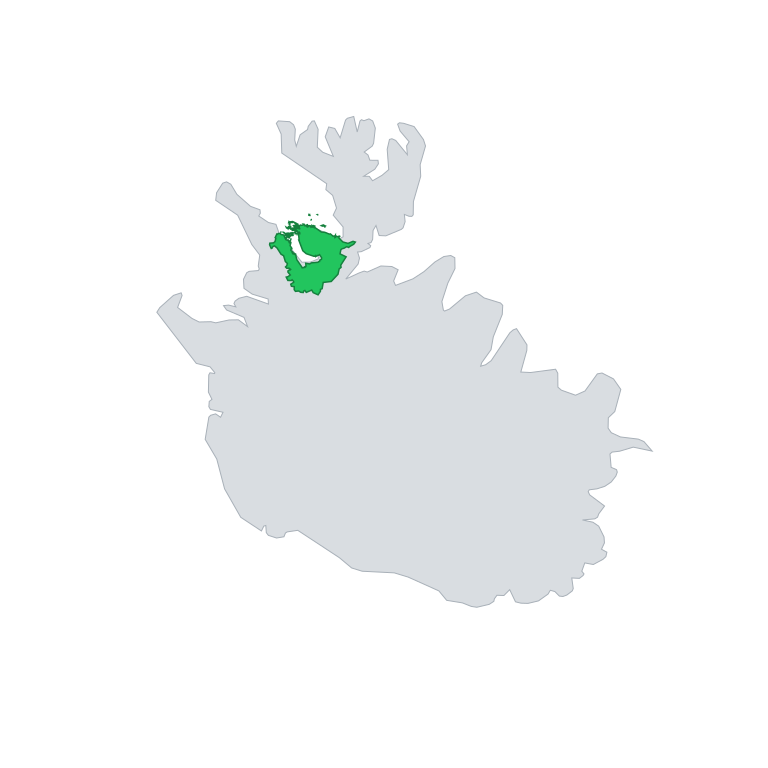 Dalabyggð, Vesturland, Iceland shown in context, rotated 56°
{"feature_id": "244011B70126368142347", "entity_name": "Dalabyggð", "entity_type": "district", "adm_level": 2, "iso_a3": "ISL", "parent_name": "Iceland", "parent_adm1": "Vesturland", "projection": "albers", "projection_center": [-22.364, 65.186], "detail": "fine", "context": "in_parent", "style": "filled", "palette": "green", "viewbox_px": 768, "rotation_deg": 56, "n_neighbors": 0, "source": "geoboundaries", "source_scale": "gbopen_adm2", "svg_char_len": 9821}
<svg xmlns="http://www.w3.org/2000/svg" viewBox="0 0 768 768"><g transform="rotate(56 384 384)"><path d="M545.9,222.9L551.5,222.8L560.1,217.6L571.9,204.0L577.1,200.7L589.6,199.2L575.7,212.7L571.5,226.2L568.0,233.0L568.4,235.8L580.1,242.3L585.1,239.1L587.5,239.9L590.0,243.3L592.3,250.4L592.3,258.1L590.0,266.1L586.5,273.0L587.4,274.9L590.9,275.5L608.5,269.4L611.7,278.5L613.8,281.4L613.7,284.6L607.7,295.5L615.4,288.1L621.9,285.5L633.8,287.1L639.0,290.1L642.6,296.1L648.1,293.3L651.2,296.6L651.8,300.4L650.7,311.4L644.6,317.6L649.8,324.7L653.3,324.4L654.1,326.1L654.4,330.7L649.8,336.8L659.4,341.5L660.8,343.6L661.2,350.4L660.2,354.5L657.9,357.2L651.6,358.4L648.0,361.5L649.9,365.5L650.2,377.2L646.4,387.3L642.3,393.0L638.1,396.8L624.8,394.8L626.4,402.9L622.3,408.5L623.8,412.6L625.6,414.5L625.5,420.0L621.0,431.9L617.2,436.0L609.3,441.4L598.4,453.0L586.2,454.2L557.5,472.0L546.3,481.1L527.0,506.8L518.4,513.7L503.1,518.1L457.1,537.3L452.5,546.9L452.4,549.0L454.7,552.4L451.6,559.2L444.8,564.5L441.4,564.7L435.2,561.1L434.6,563.1L437.3,567.8L414.4,577.3L381.8,574.8L352.7,564.6L329.9,563.2L313.5,547.7L313.0,545.2L314.6,540.3L320.2,538.1L317.4,533.3L308.0,542.1L304.9,541.9L300.7,538.6L300.5,535.2L292.5,534.1L278.5,524.2L277.4,522.0L280.6,518.6L280.0,517.9L272.5,518.6L261.9,528.1L197.5,532.2L195.3,527.2L192.8,508.9L195.0,501.2L197.7,501.9L205.1,512.3L222.3,506.5L229.2,502.6L235.6,492.6L239.2,489.3L244.3,476.6L249.4,468.8L260.2,465.0L250.5,462.8L234.6,473.1L229.3,473.2L231.7,468.7L237.2,463.7L233.4,463.4L232.0,461.1L231.8,456.4L234.5,448.8L253.1,435.1L248.7,432.5L235.8,443.0L226.4,446.6L218.6,441.9L215.0,435.6L215.2,432.8L219.7,424.7L218.9,423.1L215.9,422.3L207.6,414.9L194.5,415.6L162.2,410.9L137.6,420.8L131.8,415.8L127.3,405.4L128.4,401.5L132.7,399.3L144.5,399.9L162.1,395.3L170.2,389.4L173.2,391.0L174.7,393.9L185.5,389.5L191.2,384.3L200.8,386.8L237.1,384.0L241.7,377.0L243.5,368.8L242.6,367.1L229.4,374.7L226.4,374.6L211.1,370.7L205.5,366.1L207.4,362.5L215.5,354.6L236.0,341.4L238.8,338.7L239.1,335.6L230.9,330.1L215.6,331.7L211.6,325.0L198.9,321.1L190.4,323.5L185.9,319.5L135.4,339.6L119.3,329.5L107.7,327.5L106.8,324.5L113.8,315.5L118.5,314.0L123.1,315.0L131.8,321.6L137.9,323.8L130.5,314.2L130.3,305.1L128.0,302.7L125.9,296.6L126.9,294.6L136.0,296.2L150.4,306.9L157.6,305.2L167.0,298.7L146.2,294.5L140.0,286.1L144.6,281.9L155.4,282.7L143.7,268.3L143.2,265.8L145.3,259.5L160.1,265.3L152.5,256.8L152.3,254.9L154.5,253.4L155.8,248.2L159.6,246.3L167.0,248.1L178.6,258.0L180.2,260.8L180.6,270.7L185.2,269.2L190.6,270.6L195.2,263.9L198.3,265.5L200.8,271.5L200.4,284.7L203.6,280.1L209.1,279.8L209.9,268.9L208.9,260.2L191.2,250.1L184.3,242.7L185.1,240.3L188.6,238.1L207.0,236.4L199.2,232.1L197.2,227.7L183.3,229.2L176.2,227.4L176.1,225.1L178.9,221.9L187.4,215.1L203.4,214.6L209.9,216.5L222.4,231.4L232.3,237.4L249.2,257.6L260.1,265.2L260.6,267.2L258.9,269.5L254.8,272.3L261.2,275.7L265.2,280.9L265.5,283.2L262.2,299.6L258.2,305.0L248.1,302.0L250.6,307.2L257.8,312.6L259.5,315.7L258.5,318.7L261.9,317.7L263.0,319.4L261.6,328.8L259.8,332.1L265.9,333.9L270.1,338.4L275.6,357.0L278.0,342.6L279.3,337.3L281.8,335.3L284.4,320.6L291.0,311.8L297.2,308.4L304.0,318.4L308.7,319.3L313.0,301.2L313.2,288.0L311.3,273.5L311.8,263.1L314.8,256.8L318.9,254.7L328.0,260.6L336.1,274.7L348.0,289.9L356.0,293.5L357.4,293.0L358.5,287.8L356.4,267.2L359.5,256.0L368.6,252.9L382.0,242.1L385.2,241.6L392.4,247.0L406.0,267.0L415.4,276.1L421.0,291.1L423.3,293.9L424.9,288.9L424.6,282.1L411.9,251.0L411.4,246.7L412.2,243.2L431.5,243.6L436.0,246.8L450.6,263.9L456.5,256.0L467.7,233.5L472.2,233.9L483.9,241.6L488.3,240.4L500.4,231.5L502.2,221.3L494.9,201.5L496.8,197.1L508.1,190.9L520.9,190.7L535.9,208.1L537.4,216.9L545.9,222.9Z" fill="#d9dde1" stroke="#a8b0b8" stroke-width="1"/><path d="M273.2,388.8L271.6,384.9L270.0,383.7L270.4,382.0L265.8,377.6L269.5,370.4L267.3,360.8L263.5,356.8L263.3,354.4L261.3,353.4L257.4,344.3L251.5,347.7L248.5,344.6L248.4,343.4L249.1,341.1L249.3,338.1L251.1,336.9L250.8,335.8L251.2,331.0L250.3,328.4L248.4,329.9L247.3,335.2L243.2,338.7L237.7,339.7L236.8,339.0L236.7,338.5L236.8,337.7L236.8,337.4L236.7,338.5L236.8,339.0L236.3,338.8L235.7,340.5L234.4,341.0L235.0,342.0L234.6,342.1L234.9,342.7L234.5,342.6L234.2,341.7L233.5,341.2L233.8,341.9L233.0,343.6L229.6,344.5L229.2,345.5L225.2,348.2L223.1,350.9L212.7,354.9L214.1,355.4L213.3,355.9L213.3,356.9L212.0,357.0L212.0,356.3L210.5,357.9L210.4,358.8L211.0,358.9L210.3,359.6L210.6,359.9L208.7,360.4L208.6,361.1L206.8,360.9L206.5,361.3L207.3,361.1L206.4,363.6L205.4,364.5L205.8,365.6L205.0,366.5L204.5,366.3L204.3,366.7L203.1,367.1L202.8,367.4L205.4,367.0L205.7,366.7L205.5,366.0L205.9,365.6L205.7,366.0L206.7,366.7L208.8,367.2L207.2,367.3L207.0,367.9L207.5,367.9L207.3,368.2L205.3,369.6L206.7,367.9L205.6,367.4L204.6,368.4L205.2,369.3L204.0,369.0L204.5,368.9L204.4,368.2L203.3,368.5L203.8,369.5L203.1,369.0L202.8,369.4L204.6,370.8L207.4,370.6L207.1,371.0L207.9,371.0L208.4,371.6L208.2,372.2L209.2,371.0L209.0,370.5L210.8,370.7L210.5,369.4L211.2,369.2L212.2,369.7L211.9,370.0L212.3,371.2L217.3,373.9L217.1,374.2L228.1,376.8L232.5,375.6L238.9,370.7L239.5,369.7L239.3,369.3L240.2,369.4L240.0,367.7L240.7,366.5L240.7,365.1L244.4,365.1L245.7,366.1L245.4,367.8L246.4,368.9L246.0,369.7L246.2,370.6L243.0,376.4L242.9,378.5L240.1,381.4L242.7,382.7L242.9,383.2L242.5,383.2L242.5,384.2L243.0,384.6L242.3,385.6L242.4,386.2L241.3,387.4L241.5,386.7L232.1,386.8L228.1,385.2L226.1,385.5L226.3,385.0L224.5,385.9L225.6,386.3L225.0,386.8L223.8,386.6L224.1,386.1L223.7,385.8L221.2,386.5L220.1,385.7L220.4,384.9L220.0,384.5L216.8,384.5L214.8,382.2L213.3,383.0L213.6,383.4L211.0,383.0L211.3,383.4L209.3,384.7L204.4,383.8L202.4,385.8L201.2,385.9L200.1,387.4L200.3,388.5L199.7,388.9L201.8,392.4L202.7,392.2L205.0,394.7L205.2,396.7L203.4,399.9L204.6,401.0L208.6,401.7L208.8,400.9L207.9,399.2L208.2,397.6L211.4,396.6L218.8,396.8L221.5,395.5L227.3,397.3L230.1,396.7L231.6,398.5L231.9,400.2L233.7,399.9L234.8,398.0L236.8,397.3L237.0,397.9L236.4,399.1L236.6,400.5L237.7,401.1L241.2,400.7L241.3,403.6L240.7,405.3L244.4,405.8L246.4,403.0L246.2,401.9L248.5,401.6L249.2,402.0L249.1,405.5L251.2,406.1L253.1,404.0L255.6,405.7L257.7,405.6L259.2,402.7L261.4,401.8L263.0,399.8L262.0,398.5L262.2,397.3L264.6,397.2L265.7,391.4L268.7,391.6L273.2,388.8ZM208.6,379.5L207.3,379.9L206.1,379.8L205.8,380.4L205.3,380.5L205.7,380.1L204.7,380.6L209.6,380.6L209.4,379.9L208.3,380.0L208.6,379.5ZM200.4,367.6L198.2,368.9L197.4,370.5L199.0,370.3L198.0,370.4L199.1,368.5L200.9,367.9L200.4,367.6ZM200.9,374.7L200.2,375.1L200.5,375.5L199.8,375.7L200.6,375.8L200.4,376.4L201.6,375.9L200.9,374.7ZM203.6,366.5L203.2,366.1L202.6,366.5L202.1,366.7L201.9,366.9L201.6,366.9L200.6,367.6L203.6,366.5ZM204.2,372.6L202.9,373.2L204.2,372.8L204.5,373.2L204.1,373.7L205.2,374.0L205.6,373.6L204.2,372.6ZM207.2,371.3L205.7,371.0L205.0,371.6L206.2,371.8L206.0,372.4L207.2,371.3ZM207.1,379.0L205.3,379.0L204.9,379.9L207.1,379.0ZM198.2,371.3L196.9,371.9L197.4,371.9L196.3,372.0L197.0,372.9L198.2,371.3ZM209.0,381.3L206.7,381.1L208.3,381.8L209.0,381.3ZM206.5,382.0L205.7,381.7L204.7,382.9L206.5,382.0ZM203.6,374.1L202.6,374.1L202.1,375.0L203.4,374.8L203.5,374.4L203.2,374.3L203.6,374.1ZM212.8,354.3L213.9,353.7L214.1,353.2L212.8,354.3ZM208.9,379.2L208.1,379.3L207.6,379.4L208.9,379.2ZM210.0,373.2L209.6,373.1L208.9,373.1L209.7,373.6L210.0,373.2ZM209.0,377.7L208.6,377.7L208.2,378.4L208.8,378.5L209.0,377.7ZM209.0,377.1L208.1,376.9L207.9,377.0L209.0,377.1ZM207.7,376.2L206.4,377.1L206.8,376.9L207.7,376.2ZM203.7,382.0L202.9,382.1L202.5,382.6L203.7,382.0ZM205.7,380.9L205.1,381.0L204.7,381.5L205.2,381.4L205.7,380.9ZM208.5,375.3L208.2,375.1L207.5,375.8L208.1,375.7L208.5,375.3ZM208.0,383.0L207.3,383.3L208.2,383.3L208.0,383.0ZM202.4,374.3L201.8,373.9L201.6,374.6L202.4,374.3ZM219.2,345.5L219.6,344.6L218.9,345.0L219.2,345.5ZM209.5,376.2L209.2,376.1L208.5,376.4L208.9,376.6L209.5,376.2ZM204.6,372.6L204.7,371.7L204.3,372.0L204.6,372.6ZM201.4,376.7L200.6,376.9L201.5,376.8L201.4,376.7ZM209.9,377.5L209.5,376.7L209.3,376.9L209.9,377.5ZM218.7,346.0L218.1,345.7L217.9,346.5L218.7,346.0ZM199.2,373.0L198.9,372.7L198.5,373.1L198.7,373.3L199.2,373.0ZM201.7,373.7L201.2,373.3L200.9,373.6L201.7,373.7ZM207.7,383.8L206.9,383.8L206.6,384.0L207.3,384.1L207.7,383.8ZM209.4,359.0L209.4,358.8L209.1,358.6L209.0,359.0L209.4,359.0ZM207.1,379.3L206.5,379.5L206.3,379.6L206.7,379.8L207.1,379.3ZM209.4,377.3L208.8,377.3L209.7,377.6L209.4,377.3ZM202.4,351.6L202.0,351.5L201.7,351.6L202.1,351.9L202.4,351.6ZM208.1,375.0L207.4,375.3L208.1,375.0ZM213.7,381.8L212.9,381.4L213.0,381.7L213.7,381.8ZM207.3,377.9L206.5,377.9L206.3,378.2L207.3,377.9ZM208.2,373.5L207.6,373.5L208.5,373.8L208.2,373.5ZM199.5,369.5L198.9,369.5L198.6,369.7L199.5,369.5ZM208.3,371.5L207.8,371.2L208.0,371.6L207.7,371.3L208.0,371.7L208.3,371.5ZM207.3,375.7L207.1,375.6L206.7,375.9L207.3,375.7ZM202.9,382.0L202.1,382.4L201.9,382.7L202.1,382.7L202.9,382.0ZM204.2,373.9L203.8,373.5L203.6,373.8L204.2,373.9ZM220.7,345.1L220.1,345.2L220.7,345.2L220.7,345.1ZM212.8,381.9L212.2,381.5L212.6,381.9L212.8,381.9ZM211.0,372.1L210.8,371.8L210.7,372.0L211.0,372.1ZM200.0,377.2L199.5,377.4L200.0,377.5L200.0,377.2ZM207.2,352.5L207.5,352.1L207.1,352.3L207.2,352.5ZM203.4,370.2L203.1,370.4L202.8,370.4L203.2,370.6L203.4,370.2ZM203.4,373.7L203.2,373.6L202.9,373.8L203.4,373.7ZM202.5,370.1L202.4,369.7L202.2,370.2L202.5,370.1ZM200.4,377.2L200.2,377.0L200.4,377.2ZM206.7,344.3L206.7,343.8L206.4,344.4L206.7,344.3ZM200.1,384.9L200.9,384.3L200.3,384.5L200.1,384.9ZM212.4,380.4L211.8,380.1L211.7,380.3L212.4,380.4ZM210.5,372.6L210.1,372.8L210.1,373.0L210.5,372.6ZM206.9,373.0L206.6,372.8L206.9,373.0ZM202.3,351.3L202.5,351.1L202.2,351.0L202.3,351.3ZM218.9,346.3L218.6,346.5L218.4,346.9L218.7,346.7L218.9,346.3ZM214.8,353.5L214.5,353.1L214.3,353.3L214.8,353.5Z" fill="#22c55e" stroke="#15803d" stroke-width="1.5"/></g></svg>